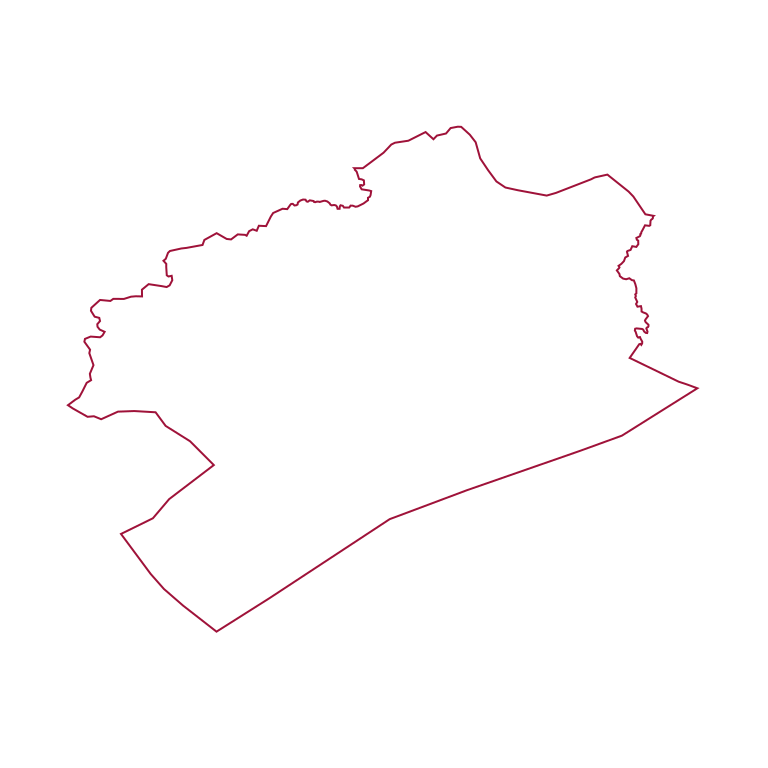 outline of San Martín Zacatepec, Oaxaca, Mexico, rotated 276°
{"feature_id": "50627088B15099528987942", "entity_name": "San Martín Zacatepec", "entity_type": "district", "adm_level": 2, "iso_a3": "MEX", "parent_name": "Mexico", "parent_adm1": "Oaxaca", "projection": "robinson", "projection_center": [-98.056, 17.815], "detail": "fine", "context": "isolated", "style": "outline", "palette": "rose", "viewbox_px": 768, "rotation_deg": 276, "n_neighbors": 0, "source": "geoboundaries", "source_scale": "gbopen_adm2", "svg_char_len": 3426}
<svg xmlns="http://www.w3.org/2000/svg" viewBox="0 0 768 768"><g transform="rotate(276 384 384)"><path d="M563.9,347.5L561.4,344.8L557.9,339.3L557.3,337.2L558.1,334.2L557.9,332.1L555.9,331.0L555.3,325.8L556.9,324.4L557.2,322.1L556.0,321.5L553.6,321.5L553.4,319.5L555.6,318.6L556.6,317.4L556.8,315.7L556.2,313.2L556.8,311.9L558.0,311.1L559.6,308.6L560.1,306.2L559.8,304.7L558.3,301.0L558.5,300.4L558.4,298.3L557.6,296.5L557.8,295.3L558.6,294.9L558.9,291.0L557.3,289.2L557.5,287.9L559.1,286.7L559.0,284.2L557.7,281.6L555.5,279.4L553.5,279.3L552.6,278.1L552.2,276.3L553.6,274.5L553.4,272.9L552.4,272.1L547.8,269.5L547.7,264.8L542.5,255.9L538.8,254.0L528.7,250.2L528.3,243.0L523.1,241.4L524.1,237.3L521.9,233.9L517.1,231.9L517.8,230.2L517.5,222.9L511.8,216.8L511.8,212.4L516.5,201.8L508.5,190.3L503.3,189.0L498.7,173.3L497.6,168.3L493.9,157.2L491.9,155.5L485.7,153.9L483.5,151.8L480.7,154.9L477.6,155.2L469.4,156.6L468.4,158.4L469.4,161.5L465.1,162.6L459.7,160.5L457.7,157.7L458.1,152.7L458.7,139.5L452.5,133.4L445.8,134.2L445.3,128.0L444.4,123.3L441.4,116.4L440.4,105.9L438.0,103.2L437.9,92.8L429.2,85.0L426.2,84.9L420.7,89.2L420.0,93.9L416.9,95.0L413.5,92.6L411.0,93.1L408.4,95.6L406.7,100.7L402.9,99.0L400.8,96.8L400.5,87.3L397.6,81.9L394.7,81.6L387.4,88.1L383.9,87.7L372.4,93.1L363.4,90.4L359.6,91.4L357.2,92.3L354.1,88.2L344.8,84.7L338.8,82.2L336.1,78.6L329.9,71.9L327.2,77.0L320.4,92.6L321.6,98.9L319.4,106.4L328.7,122.3L331.0,138.5L332.0,159.8L319.5,171.2L306.8,197.1L285.6,223.2L247.1,182.4L226.3,168.2L207.4,138.1L170.7,171.8L157.1,186.6L142.5,207.5L120.2,243.3L158.8,292.2L250.2,403.8L287.0,477.5L337.7,585.3L357.5,626.0L412.5,696.1L415.1,685.9L415.8,682.8L416.4,680.0L417.1,676.8L435.6,625.6L450.3,633.7L450.7,634.9L449.8,635.8L451.3,636.5L453.1,636.4L456.1,634.3L457.4,633.7L457.3,633.1L456.7,632.0L457.9,630.7L462.4,628.7L463.3,627.9L465.2,628.0L465.7,629.4L465.7,634.9L465.2,636.1L463.4,637.2L462.2,639.0L462.2,640.4L463.6,640.6L466.7,639.1L467.5,639.4L468.2,640.6L469.2,641.0L470.6,640.8L472.8,637.8L474.3,636.9L475.5,637.3L479.1,639.5L480.6,638.5L481.6,637.0L482.3,634.2L483.0,632.6L486.0,632.2L488.3,631.4L487.4,628.0L489.9,626.3L492.1,627.3L495.3,625.4L496.3,624.8L497.8,625.3L499.4,624.5L500.5,625.5L505.6,625.0L509.6,623.5L513.1,621.7L513.2,619.7L514.8,616.9L513.5,613.9L513.8,610.8L515.9,607.3L518.1,606.6L521.3,603.7L523.7,605.6L524.7,606.0L526.0,604.9L528.3,607.5L531.3,609.8L535.0,610.7L536.9,613.3L540.9,611.8L541.7,612.2L543.1,615.2L547.0,616.5L546.7,620.6L549.6,622.3L553.2,621.8L553.9,620.4L555.6,619.7L557.7,623.0L558.6,623.4L559.8,623.2L560.4,624.0L561.8,624.0L563.8,624.9L569.1,627.0L569.0,631.2L569.7,632.2L574.3,632.0L575.5,632.7L576.2,633.6L577.2,634.1L578.7,633.9L579.4,634.6L580.1,626.2L596.5,612.4L600.9,607.2L615.0,585.2L615.4,584.7L615.6,584.3L612.0,573.6L611.8,572.9L611.3,571.7L609.4,568.8L609.1,568.3L592.0,535.0L588.4,526.1L590.7,496.9L592.1,484.2L597.2,474.6L607.5,465.2L618.4,456.1L634.0,449.9L640.9,443.3L647.8,433.9L647.6,430.5L645.5,423.5L639.6,419.5L636.6,410.7L632.6,407.6L638.9,399.0L628.5,382.8L625.1,369.7L622.9,366.2L614.0,359.4L596.4,340.4L595.5,331.9L595.0,332.5L594.0,332.6L593.3,333.5L592.3,334.6L590.8,335.3L585.3,337.7L585.2,340.4L584.4,342.7L580.4,343.4L579.0,341.9L579.5,340.7L579.3,339.5L578.0,339.5L575.3,341.4L574.9,349.0L574.5,351.1L572.7,351.0L570.5,350.9L568.8,350.4L567.5,348.6L565.1,348.9L563.9,347.5Z" fill="none" stroke="#9f1239" stroke-width="2"/></g></svg>